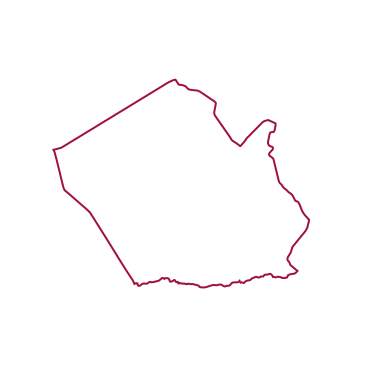 an SVG outline of Boquerón, rotated 312°
{"feature_id": "PRY-598", "entity_name": "Boquerón", "entity_type": "Department", "adm_level": 1, "iso_a3": "PRY", "parent_name": "Paraguay", "parent_adm1": "", "projection": "albers", "projection_center": [-61.074, -21.97], "detail": "fine", "context": "isolated", "style": "outline", "palette": "rose", "viewbox_px": 384, "rotation_deg": 312, "n_neighbors": 0, "source": "natural_earth", "source_scale": "10m", "svg_char_len": 3805}
<svg xmlns="http://www.w3.org/2000/svg" viewBox="0 0 384 384"><g transform="rotate(312 192 192)"><path d="M109.3,229.7L108.9,229.6L108.8,229.1L108.8,228.4L108.7,228.0L108.5,227.7L108.1,227.4L107.4,227.2L105.1,226.9L104.6,226.9L103.4,226.4L98.9,223.3L97.8,222.3L97.4,221.2L96.8,220.7L94.2,220.0L93.4,219.6L91.9,217.6L90.8,216.7L89.3,216.3L88.5,216.2L87.7,216.0L86.9,215.5L86.4,214.9L86.5,214.4L86.9,213.7L87.2,213.0L86.8,212.1L87.2,212.1L86.9,211.6L86.4,211.1L85.9,210.8L85.2,210.7L86.7,207.2L88.4,200.7L90.0,194.5L92.7,185.1L95.0,177.3L97.9,167.3L100.0,160.0L102.3,151.9L104.5,144.2L106.5,137.1L108.5,130.0L108.7,125.4L108.5,115.3L108.4,108.7L108.3,102.7L108.1,96.4L108.7,94.5L111.0,90.9L112.4,88.9L113.7,86.9L116.6,82.7L119.5,78.5L122.3,74.3L125.2,70.1L126.3,68.4L127.3,66.8L128.4,65.1L129.5,63.5L130.3,61.7L130.7,60.8L131.6,61.5L137.6,65.3L258.3,101.3L262.7,103.3L264.4,104.6L263.0,109.9L263.1,110.2L263.1,110.6L263.4,111.0L264.7,112.8L265.4,114.2L265.8,115.1L266.2,116.7L266.2,117.4L266.2,117.9L265.9,119.8L266.0,120.3L266.1,120.8L267.4,123.2L270.9,128.0L271.2,128.7L271.8,130.2L274.3,147.9L274.3,148.5L274.3,149.1L274.2,149.6L274.1,150.0L273.9,150.3L273.7,150.5L273.3,150.8L266.8,154.7L265.8,155.4L264.9,156.5L264.5,157.1L264.2,157.8L258.2,183.6L257.3,186.4L257.2,187.2L257.2,187.9L258.2,194.3L258.2,196.4L258.4,197.1L259.0,197.3L264.9,197.2L268.4,196.7L291.4,197.8L293.3,198.4L296.4,200.4L298.6,207.2L298.8,208.2L298.5,208.6L297.6,209.4L293.6,211.8L292.0,212.5L291.7,212.5L291.3,212.4L290.8,212.1L290.3,211.7L289.7,211.1L289.2,210.8L288.5,210.4L287.7,210.6L286.8,211.0L280.2,214.9L279.3,215.7L278.8,216.4L278.4,217.2L278.3,217.6L278.2,218.3L278.2,218.8L278.3,219.4L279.1,221.0L279.2,221.4L279.2,222.0L278.7,222.9L278.0,223.3L277.0,223.5L273.4,223.5L272.3,223.6L271.4,224.1L271.0,224.7L270.9,225.5L271.2,228.7L271.2,228.9L271.1,230.0L270.7,230.9L258.2,249.2L257.6,250.5L257.4,251.6L257.4,253.4L257.2,254.3L256.6,256.5L256.5,257.3L256.7,260.8L256.5,263.9L257.0,267.2L256.8,268.3L256.5,269.7L254.7,274.4L254.7,274.9L254.9,275.4L255.4,276.6L255.6,277.4L255.3,278.5L254.6,280.5L251.7,286.3L250.9,288.8L250.3,291.5L249.7,297.6L249.2,298.0L242.9,301.4L241.4,301.9L239.1,302.4L218.7,303.4L217.8,303.6L217.0,304.0L215.0,305.0L212.7,306.0L208.2,306.7L207.3,307.0L206.2,307.6L205.7,308.1L205.3,308.7L204.9,311.2L204.6,312.0L203.8,313.4L203.6,313.9L203.6,314.3L203.9,323.2L202.0,323.2L200.7,323.1L198.9,322.0L196.8,320.2L194.5,319.1L192.1,319.8L190.1,318.5L189.5,317.9L188.6,316.4L188.2,316.0L188.1,315.0L187.3,313.6L186.3,312.3L184.6,311.4L183.6,309.5L183.0,308.9L183.6,307.8L183.8,306.2L183.5,304.8L182.8,304.2L181.7,303.8L180.7,303.0L179.9,302.0L179.1,301.4L178.6,301.3L177.4,301.4L176.9,301.4L176.4,301.0L175.1,299.7L174.6,299.5L173.3,299.1L172.6,298.1L172.2,297.0L171.7,296.2L167.6,294.3L166.2,294.3L165.3,294.0L164.6,293.6L163.9,292.9L162.9,292.2L161.9,291.8L160.7,291.5L159.4,291.5L158.8,291.1L158.2,289.5L157.2,288.8L157.2,288.2L157.5,287.4L157.8,286.8L156.7,286.8L156.0,286.6L155.4,286.3L152.2,283.0L151.3,282.5L148.3,282.5L147.4,282.3L146.9,282.0L145.9,280.9L145.0,280.2L144.1,279.8L143.4,279.2L143.1,278.0L143.0,276.8L142.8,276.0L142.4,275.3L141.7,274.5L141.1,273.9L139.6,273.1L138.9,272.4L137.4,270.3L136.9,269.8L129.8,265.5L127.6,263.0L126.7,261.7L126.7,261.4L126.5,261.1L126.8,259.4L126.6,258.8L125.9,257.8L124.7,255.2L123.8,253.8L122.4,252.4L121.9,251.6L121.6,250.8L121.3,250.8L120.7,250.3L120.1,249.8L120.1,249.6L119.6,249.4L119.4,248.9L119.2,248.2L118.9,247.7L117.2,245.8L116.8,245.1L116.5,244.3L116.1,243.7L115.2,243.5L115.0,243.1L115.7,241.5L114.5,240.7L114.5,239.8L115.0,238.3L114.6,237.6L114.4,237.5L114.0,237.5L113.2,237.3L111.6,236.6L110.8,235.9L110.8,235.1L111.7,233.8L112.0,232.7L111.5,231.4L110.1,229.8L109.7,229.7L109.3,229.7Z" fill="none" stroke="#9f1239" stroke-width="2"/></g></svg>